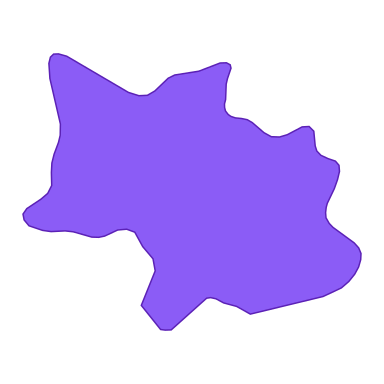 outline of Bulawayo
{"feature_id": "ZWE-531", "entity_name": "Bulawayo", "entity_type": "City", "adm_level": 1, "iso_a3": "ZWE", "parent_name": "Zimbabwe", "parent_adm1": "", "projection": "robinson", "projection_center": [28.554, -20.139], "detail": "fine", "context": "isolated", "style": "filled", "palette": "violet", "viewbox_px": 384, "rotation_deg": 0, "n_neighbors": 0, "source": "natural_earth", "source_scale": "10m", "svg_char_len": 1251}
<svg xmlns="http://www.w3.org/2000/svg" viewBox="0 0 384 384"><path d="M250.3,314.1L236.6,306.4L223.6,302.9L216.0,298.8L210.6,297.6L206.6,298.2L171.2,329.9L165.2,330.1L160.6,329.5L141.3,305.4L155.2,270.9L153.0,258.8L142.7,246.6L134.8,232.2L126.7,229.2L117.7,230.0L104.6,236.1L98.8,237.3L91.8,237.1L73.2,231.8L65.1,230.9L51.1,231.6L42.6,230.4L29.0,225.8L24.1,219.9L23.0,214.1L26.8,208.6L40.9,199.2L47.7,193.4L51.7,185.5L51.4,172.5L51.9,163.0L54.1,154.2L58.5,142.4L60.2,135.3L60.4,124.0L49.9,78.5L48.9,63.4L50.4,57.2L53.6,54.1L58.5,53.9L66.7,56.2L128.4,92.4L138.9,95.7L147.4,95.3L154.8,91.0L168.2,78.2L174.7,75.0L198.8,71.2L220.1,63.0L226.5,62.8L230.2,64.8L231.0,68.2L227.5,78.5L226.2,84.1L225.6,99.6L224.5,103.9L224.6,107.5L225.5,111.0L228.2,114.5L230.9,116.4L235.4,117.9L241.5,118.5L247.3,119.7L252.4,122.7L264.0,132.7L271.3,136.7L279.5,137.0L287.3,134.7L302.1,126.9L309.1,126.5L313.8,131.2L315.2,145.9L316.8,151.0L320.9,155.3L328.0,158.6L335.4,161.1L339.0,165.3L339.5,171.4L337.5,179.7L334.3,188.7L327.3,203.3L326.2,207.4L325.6,212.6L326.0,217.8L329.2,223.4L332.9,227.3L354.2,242.9L358.7,247.9L361.0,253.5L360.7,259.7L358.6,267.0L354.7,274.2L348.8,281.5L341.4,287.9L323.1,296.5L250.3,314.1Z" fill="#8b5cf6" stroke="#5b21b6" stroke-width="1.5"/></svg>